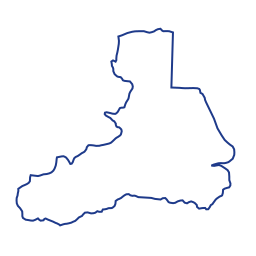 Song, Sarawak, Malaysia (Natural Earth projection), rotated 3°
{"feature_id": "92858781B41369964486545", "entity_name": "Song", "entity_type": "district", "adm_level": 2, "iso_a3": "MYS", "parent_name": "Malaysia", "parent_adm1": "Sarawak", "projection": "natural_earth1", "projection_center": [112.482, 1.826], "detail": "fine", "context": "isolated", "style": "outline", "palette": "blue", "viewbox_px": 256, "rotation_deg": 3, "n_neighbors": 0, "source": "geoboundaries", "source_scale": "gbopen_adm2", "svg_char_len": 3755}
<svg xmlns="http://www.w3.org/2000/svg" viewBox="0 0 256 256"><g transform="rotate(3 128 128)"><path d="M64.7,228.2L65.3,228.8L68.3,227.6L69.9,227.1L71.9,226.8L73.8,226.3L76.3,225.5L77.9,224.6L80.2,223.5L82.1,221.6L83.6,219.9L86.7,218.2L87.6,216.8L89.4,214.8L92.1,214.4L95.6,215.2L98.0,214.9L99.8,214.3L101.7,212.7L103.6,213.2L106.1,213.0L107.1,210.7L109.1,210.4L111.0,209.9L112.7,209.1L116.0,208.8L117.2,208.0L118.7,206.5L119.4,204.4L119.5,201.5L121.5,199.9L122.9,199.3L124.8,198.2L126.2,196.9L128.0,195.4L129.8,194.3L132.2,194.0L133.9,195.1L136.0,195.5L137.7,195.2L139.1,195.4L141.9,196.5L143.5,196.5L154.9,196.6L158.7,197.4L164.3,197.7L166.4,196.3L168.9,196.0L170.4,197.4L172.4,199.9L173.9,200.4L177.0,200.7L179.1,200.2L181.4,198.7L184.1,197.7L186.3,197.4L188.5,199.6L190.9,200.1L192.8,198.8L194.9,198.0L197.2,198.7L198.6,199.4L200.7,201.3L201.1,203.2L203.2,204.8L206.3,204.1L209.2,203.8L210.4,205.1L212.4,204.9L213.8,202.7L214.7,200.7L216.3,199.6L217.0,198.4L218.0,196.9L219.3,194.9L220.5,193.7L222.3,192.3L223.2,191.6L224.6,191.0L224.9,190.8L225.5,190.4L226.1,188.0L226.2,184.6L227.7,183.5L230.1,182.6L232.1,182.0L233.2,180.1L233.2,178.0L231.9,174.8L231.7,171.2L231.2,167.1L229.7,164.9L227.1,163.2L225.7,162.4L223.1,160.9L220.8,160.2L218.5,160.7L216.1,161.3L213.2,161.2L215.4,160.1L217.7,159.3L220.1,158.5L222.4,158.2L224.6,158.2L226.1,158.1L227.7,157.7L229.7,157.0L230.9,156.2L234.2,153.2L235.5,149.3L235.5,146.7L235.1,143.7L233.5,141.0L230.6,139.2L228.2,137.4L225.2,134.9L222.0,130.6L219.8,127.3L217.4,123.7L213.4,114.2L204.6,98.2L203.5,95.9L203.0,93.8L200.6,90.1L198.5,89.1L197.8,86.3L197.1,85.3L195.2,84.7L191.2,84.7L187.2,85.0L183.0,85.3L180.0,85.3L177.4,85.2L169.2,85.3L167.9,30.2L164.0,29.2L162.4,29.2L162.2,29.2L160.2,29.3L158.3,29.5L157.2,29.1L155.2,27.2L152.6,27.8L150.7,28.8L148.9,30.2L146.6,31.1L144.4,31.7L142.0,31.3L138.8,30.5L133.5,30.8L130.0,31.1L127.1,31.7L122.4,33.2L117.0,35.8L113.6,37.1L113.9,38.7L114.4,41.5L114.4,44.5L113.8,50.3L113.4,53.1L112.8,56.2L112.7,59.2L112.8,60.8L112.1,62.4L110.8,61.8L109.5,61.3L107.9,62.5L108.5,65.1L108.7,66.8L109.7,68.3L110.2,69.6L110.4,72.1L111.8,74.9L113.5,76.3L114.4,77.0L115.2,77.3L116.4,77.5L116.6,77.5L118.0,77.6L119.5,79.1L120.4,80.6L122.0,81.1L125.2,81.3L127.5,81.4L129.9,84.0L130.6,86.2L130.4,88.3L129.4,90.0L128.4,91.7L127.6,93.7L127.2,96.9L126.9,98.7L126.0,100.4L124.8,102.5L124.1,104.4L123.3,107.5L122.2,107.9L120.1,108.1L118.8,108.6L117.5,111.3L116.8,112.6L115.5,114.0L114.4,114.6L111.8,114.5L109.5,114.0L107.7,113.7L105.8,113.4L104.2,113.9L104.0,115.3L105.2,116.7L108.0,118.1L109.8,118.9L112.3,121.3L113.9,122.0L115.6,124.3L115.6,125.3L116.4,127.1L117.5,127.7L119.1,127.8L120.4,128.8L121.4,129.8L121.9,131.5L121.6,133.2L121.2,134.9L120.4,135.9L118.9,137.1L118.2,137.6L117.5,138.0L116.2,139.0L114.9,140.4L113.1,142.3L111.6,143.7L109.9,144.5L107.9,145.1L106.2,145.6L104.1,146.2L102.3,146.6L100.1,147.3L97.0,147.5L94.6,147.2L92.8,147.1L90.8,147.1L89.4,147.3L87.9,149.3L87.5,151.3L86.5,152.9L85.7,154.0L84.5,154.8L83.1,155.6L81.4,157.0L79.3,158.6L77.2,159.7L75.9,161.0L75.3,162.6L74.6,165.0L73.6,166.6L72.3,166.9L70.8,164.5L69.7,162.9L68.5,161.6L67.8,160.8L66.5,160.1L65.1,159.6L63.4,159.8L58.6,161.0L58.4,162.3L58.2,166.2L57.8,169.3L56.8,172.4L55.7,174.5L53.9,176.3L51.8,177.4L49.3,178.2L46.0,178.7L42.6,180.1L40.6,180.7L37.4,180.5L33.3,180.2L32.8,182.3L32.8,186.3L31.7,188.0L29.9,189.3L27.6,190.5L25.5,191.5L21.6,194.5L21.8,196.6L21.4,199.0L21.2,201.3L20.5,203.7L20.5,206.2L20.9,209.1L22.1,211.5L24.5,213.8L26.7,216.8L27.0,219.4L27.1,221.6L27.8,223.3L30.6,224.9L33.7,225.2L35.9,225.5L38.0,225.5L40.1,224.6L42.8,223.0L44.3,224.4L45.6,225.1L48.4,224.6L49.3,223.2L50.5,222.7L52.9,223.7L58.0,225.4L60.5,226.5L62.4,227.1L64.7,228.2Z" fill="none" stroke="#1e3a8a" stroke-width="2"/></g></svg>